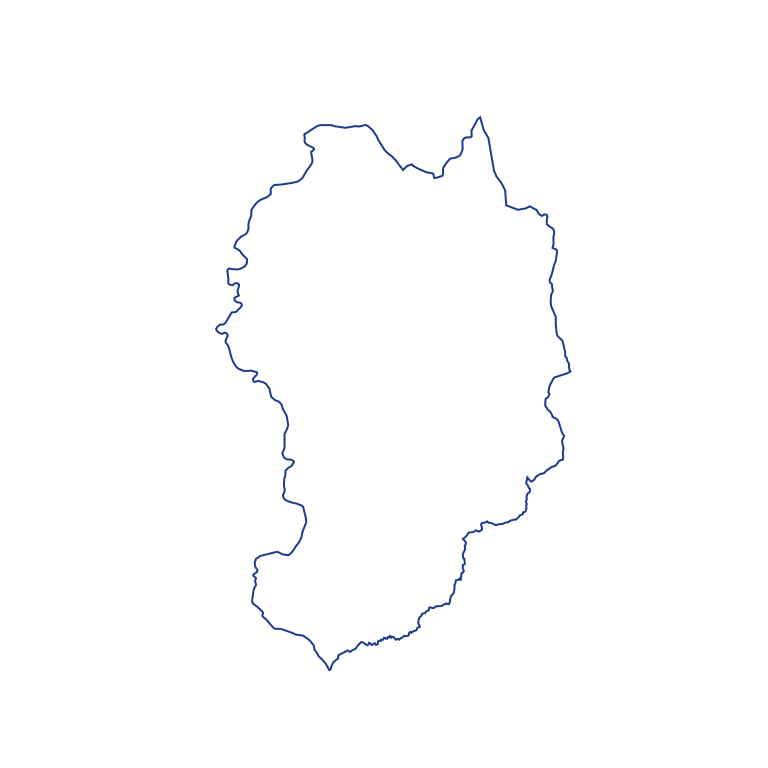 outline of Tarqui, Huila, Colombia, rotated 115°
{"feature_id": "7082276B81769369413646", "entity_name": "Tarqui", "entity_type": "district", "adm_level": 2, "iso_a3": "COL", "parent_name": "Colombia", "parent_adm1": "Huila", "projection": "albers", "projection_center": [-75.833, 2.127], "detail": "fine", "context": "isolated", "style": "outline", "palette": "blue", "viewbox_px": 768, "rotation_deg": 115, "n_neighbors": 0, "source": "geoboundaries", "source_scale": "gbopen_adm2", "svg_char_len": 6166}
<svg xmlns="http://www.w3.org/2000/svg" viewBox="0 0 768 768"><g transform="rotate(115 384 384)"><path d="M666.4,312.7L665.3,311.8L662.8,312.3L657.9,312.4L651.6,309.5L650.0,310.6L649.0,310.6L641.1,304.5L640.7,303.7L641.2,302.0L640.8,301.2L638.8,300.3L636.0,297.9L632.9,297.4L628.0,295.9L627.4,295.4L627.1,294.2L627.9,288.8L626.9,288.0L624.8,288.1L624.8,286.9L625.8,284.9L622.8,282.6L623.8,281.0L622.4,279.7L619.9,280.6L618.8,279.9L618.3,278.4L617.1,278.6L616.2,276.8L614.0,276.8L613.7,275.7L614.1,274.6L613.4,273.3L611.7,273.6L611.2,272.3L609.8,272.1L609.8,271.1L610.9,270.2L609.6,269.3L609.3,268.5L610.8,265.2L609.0,263.6L609.3,262.2L606.8,261.1L605.6,260.0L603.6,259.3L603.5,257.7L602.0,255.8L601.1,255.4L599.6,256.1L598.1,255.8L597.7,255.2L598.0,254.1L596.6,253.9L596.4,253.2L595.7,252.9L594.1,251.1L593.1,250.5L591.3,250.8L589.1,249.5L588.9,249.0L587.9,249.7L586.5,251.7L584.3,252.7L580.7,253.2L578.4,252.3L576.1,252.3L574.3,249.9L572.0,249.5L570.2,247.8L567.5,248.5L567.0,248.0L566.5,245.1L565.9,244.1L563.6,243.0L560.6,237.6L558.6,236.8L557.7,235.3L556.6,234.9L556.5,232.7L555.9,232.1L553.6,232.2L551.2,233.2L549.6,233.2L548.2,233.7L543.6,232.4L538.4,234.1L536.9,235.1L534.6,235.0L532.2,235.8L531.4,235.8L529.7,233.6L528.9,231.6L528.3,231.8L528.0,233.1L526.7,232.4L522.9,233.8L522.0,233.4L521.7,232.8L520.2,232.6L519.0,233.2L518.1,234.4L514.7,236.1L513.6,234.9L512.1,235.0L508.4,237.5L508.5,238.4L507.7,239.1L505.7,240.3L503.5,240.7L499.6,240.6L496.2,242.5L495.1,242.1L493.3,242.7L492.2,244.2L491.0,247.0L487.6,245.2L482.8,244.4L480.4,240.4L477.9,239.1L477.8,235.8L475.4,233.9L474.8,233.7L473.4,234.1L470.4,236.6L469.0,236.6L468.5,236.3L466.4,233.3L464.9,232.3L465.5,230.7L464.7,227.7L464.7,223.2L464.1,222.1L463.0,221.4L460.9,217.6L458.7,215.8L456.9,213.3L454.0,211.4L453.0,209.8L452.1,209.2L451.4,207.4L448.2,205.8L445.8,205.4L443.4,203.2L441.6,203.7L440.4,202.2L439.6,201.9L436.6,202.3L434.3,203.7L432.5,203.9L430.3,205.9L428.7,205.7L425.2,207.4L422.7,207.6L421.0,206.5L418.7,206.5L417.4,207.4L417.1,208.6L414.8,211.3L414.4,212.7L413.9,213.2L408.0,214.6L410.0,210.7L410.2,209.2L407.2,207.3L404.9,207.3L402.5,206.3L399.0,203.9L398.9,203.3L397.0,201.2L392.8,199.8L391.6,198.6L390.6,198.4L387.8,196.5L386.1,194.4L381.8,193.0L380.3,193.1L378.4,191.8L377.2,190.0L374.4,190.7L370.5,193.0L366.4,194.1L360.6,198.6L355.0,198.8L352.8,202.2L344.9,209.3L343.5,211.0L342.6,213.3L342.6,217.2L341.1,218.5L339.0,221.4L338.0,224.9L335.1,229.0L329.8,231.1L328.4,231.0L327.1,229.9L323.4,229.7L322.0,231.6L316.2,233.1L308.0,232.8L306.1,232.4L297.0,222.6L293.9,220.3L293.2,221.4L290.6,223.6L287.6,224.7L285.5,227.7L283.3,229.3L282.3,231.5L278.6,233.2L269.4,240.5L267.3,246.7L265.9,248.2L263.3,250.1L256.6,253.9L250.7,256.6L242.9,265.3L239.1,267.7L232.9,270.1L228.2,270.3L224.7,272.9L222.7,273.8L221.7,276.6L219.8,277.9L213.6,278.3L204.9,280.0L199.8,280.4L190.9,283.0L189.4,284.3L189.4,288.8L185.5,289.5L178.7,292.8L176.1,293.2L173.6,294.5L171.9,296.4L171.3,300.5L170.3,304.1L165.3,306.2L163.2,306.6L161.9,308.2L162.6,310.5L165.0,311.9L164.6,314.5L163.7,316.8L161.8,319.0L161.5,327.2L164.8,329.6L169.5,336.2L170.4,348.8L157.3,356.0L152.1,362.7L148.5,369.6L144.2,374.5L117.0,393.3L111.6,401.0L101.6,409.6L104.6,411.0L117.4,411.8L122.5,409.2L123.9,409.9L125.7,413.6L127.4,415.2L130.5,415.7L137.9,412.0L142.1,411.5L145.4,412.0L148.7,414.9L151.9,419.4L157.9,421.0L163.5,421.7L169.1,419.0L170.8,419.2L174.5,423.0L176.0,425.3L172.5,428.5L174.2,435.4L174.4,443.2L174.0,449.8L173.1,451.4L176.5,455.1L182.0,457.2L176.2,468.2L174.6,472.3L173.0,478.8L171.7,482.3L165.1,492.5L162.2,495.8L158.9,501.5L157.1,507.2L157.0,510.2L161.1,515.3L162.4,518.9L168.1,527.2L171.3,537.9L171.5,540.4L172.1,542.1L176.5,551.6L179.4,554.2L191.5,561.7L193.9,560.1L197.5,558.7L198.9,557.2L199.7,554.8L199.8,548.5L200.2,547.1L201.0,546.6L202.0,546.8L204.5,548.2L211.5,543.3L214.3,542.7L216.8,542.9L223.9,544.4L231.5,544.9L234.1,546.0L236.8,547.6L240.3,551.9L246.0,560.4L250.1,567.6L253.8,569.1L256.0,568.8L259.5,566.9L263.9,568.9L269.4,573.8L271.9,575.3L276.1,576.7L282.1,577.8L287.5,575.5L293.8,575.1L296.7,574.3L300.7,572.4L304.7,572.0L306.7,572.7L310.8,575.8L316.8,578.0L323.0,577.7L323.7,576.7L323.7,573.6L324.2,571.0L326.3,567.5L328.6,561.2L330.6,559.9L333.3,559.3L336.6,560.0L339.9,562.6L342.2,565.3L344.0,570.1L344.7,573.0L346.1,573.8L347.7,573.8L354.7,569.3L358.1,567.9L359.1,566.7L358.8,563.3L355.4,561.3L354.8,560.0L354.7,558.0L355.7,557.0L362.2,555.9L365.2,552.9L368.8,555.8L369.9,555.7L371.2,554.9L372.1,551.9L371.2,549.2L371.3,547.3L373.0,546.0L374.9,546.3L381.2,548.6L383.6,552.3L396.0,553.6L398.1,554.9L399.3,557.5L402.6,559.2L405.2,559.4L406.8,557.2L407.3,555.0L407.2,553.1L406.6,551.5L404.7,550.1L404.6,548.0L405.1,547.0L405.6,546.4L406.8,546.1L411.9,545.8L412.6,545.5L413.5,544.6L414.9,541.9L416.6,540.0L425.1,532.9L428.0,529.6L430.7,525.5L431.6,522.3L431.5,517.1L430.3,514.1L428.1,510.2L427.0,504.1L427.5,503.5L429.6,503.3L433.0,504.5L435.3,504.8L436.9,503.2L436.8,502.1L434.3,499.1L433.4,494.1L433.8,490.9L436.6,486.0L442.9,481.1L443.7,479.7L444.7,475.6L444.4,472.2L444.7,470.8L446.0,468.1L449.6,464.9L454.0,458.8L461.6,453.5L465.1,452.9L471.6,453.0L482.8,447.6L484.8,447.1L489.9,446.8L492.7,443.8L493.2,442.2L493.2,439.9L491.9,436.6L492.0,433.7L492.7,432.7L497.4,433.1L500.5,435.3L504.1,436.6L505.9,436.1L507.2,435.1L512.0,434.3L514.3,433.5L519.0,431.4L521.0,429.7L523.3,428.7L527.3,428.6L528.2,428.1L529.8,426.7L530.9,423.7L530.5,418.2L529.2,412.1L529.0,406.6L529.5,405.4L530.4,404.6L539.4,397.5L542.3,396.0L551.0,395.5L553.9,395.1L556.9,394.2L560.3,394.0L563.2,394.1L568.2,395.3L573.0,395.8L577.5,397.1L579.1,398.0L579.8,398.9L581.2,403.6L581.1,409.8L591.7,423.0L596.4,426.1L600.4,425.7L603.7,423.8L606.6,419.6L608.5,419.8L611.7,421.8L612.3,421.8L612.9,421.4L614.0,418.0L616.7,417.7L620.3,415.0L622.8,415.3L625.9,415.1L636.1,412.0L637.8,410.7L638.5,409.6L639.3,405.3L641.7,397.9L642.6,396.8L645.3,396.4L646.1,395.6L647.3,391.0L651.8,380.9L651.9,379.4L649.8,374.6L649.2,371.1L648.3,361.9L648.4,358.0L646.5,352.1L646.4,350.0L647.2,345.3L648.3,341.9L650.6,337.3L654.4,334.5L655.8,331.6L658.3,328.2L660.5,322.0L662.2,318.5L666.4,312.7Z" fill="none" stroke="#1e3a8a" stroke-width="2"/></g></svg>